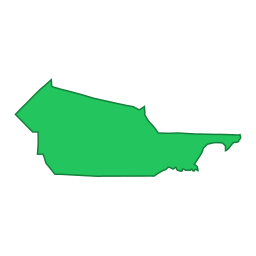 outline of Samarra, Sala ad-Din, Iraq
{"feature_id": "34846034B32095770002268", "entity_name": "Samarra", "entity_type": "district", "adm_level": 2, "iso_a3": "IRQ", "parent_name": "Iraq", "parent_adm1": "Sala ad-Din", "projection": "mercator", "projection_center": [43.854, 34.328], "detail": "fine", "context": "isolated", "style": "filled", "palette": "green", "viewbox_px": 256, "rotation_deg": 0, "n_neighbors": 0, "source": "geoboundaries", "source_scale": "gbopen_adm2", "svg_char_len": 2378}
<svg xmlns="http://www.w3.org/2000/svg" viewBox="0 0 256 256"><path d="M144.4,106.5L143.7,107.0L139.9,109.6L138.7,109.5L137.8,109.3L136.5,108.3L135.3,107.9L133.5,106.8L131.3,106.3L127.1,105.6L124.0,104.9L121.0,104.3L117.2,103.5L111.4,102.2L105.5,100.9L101.5,100.0L93.8,98.3L86.5,96.1L79.3,94.0L65.7,90.4L63.9,90.0L60.4,89.1L51.9,86.6L51.5,84.0L51.5,82.6L51.3,79.7L49.8,81.0L48.3,82.4L45.1,85.3L40.2,89.4L36.0,93.5L33.6,95.9L27.0,102.7L21.8,107.8L18.9,110.8L15.4,114.4L22.9,122.0L26.8,126.0L31.7,131.0L32.7,132.0L38.1,132.0L38.2,140.4L38.2,142.3L38.1,145.2L37.9,148.1L37.7,150.8L37.5,154.2L43.0,154.1L44.6,158.4L45.2,160.8L45.8,162.4L46.3,163.7L47.1,164.5L49.2,167.1L54.9,174.2L61.5,174.3L68.0,174.7L98.2,176.3L103.0,176.1L114.1,176.1L151.8,176.0L153.9,176.1L155.1,175.4L156.1,174.7L157.8,173.5L159.7,172.4L160.9,171.7L162.2,171.0L163.5,170.4L165.0,169.8L165.7,169.6L167.3,168.1L168.1,167.3L169.2,167.3L169.6,167.4L170.2,167.6L170.8,167.9L171.9,168.4L172.6,169.0L173.5,168.9L174.2,168.4L174.9,167.6L175.1,167.5L175.4,167.4L175.9,167.4L176.2,167.8L176.6,169.2L176.9,169.5L177.3,170.1L179.5,170.9L180.3,171.0L181.4,171.2L182.1,171.0L182.3,170.4L182.2,169.9L182.3,169.5L182.4,169.3L182.6,169.2L182.8,169.0L183.2,169.0L183.8,169.2L184.7,169.7L184.9,169.9L185.6,170.2L186.8,170.3L188.4,170.1L189.3,170.2L190.3,170.3L190.7,169.8L191.2,169.3L191.9,169.3L192.3,169.7L192.5,170.1L192.9,170.4L193.2,171.0L193.6,171.0L194.1,171.0L194.6,170.2L194.9,169.8L195.4,169.4L195.9,169.4L196.2,169.6L196.8,169.7L197.0,169.9L197.4,170.5L198.0,170.7L198.0,170.1L197.6,168.4L197.4,167.1L196.4,165.8L194.3,164.3L194.9,163.5L196.6,160.8L199.1,157.1L201.7,152.9L202.6,150.5L203.4,148.1L203.5,148.0L205.1,146.5L207.3,144.3L207.9,144.1L209.1,143.8L211.2,143.3L214.0,142.7L216.2,142.6L219.0,142.7L222.5,143.0L223.8,144.2L225.0,145.3L225.3,145.8L225.5,147.3L225.5,148.9L225.5,150.7L226.9,150.0L228.8,148.2L230.3,146.3L232.1,144.0L233.8,142.4L236.8,142.3L238.0,141.8L238.6,141.4L239.0,140.0L240.0,139.0L240.6,137.9L240.6,136.7L240.3,135.8L240.0,134.6L238.7,135.0L237.6,135.0L233.7,134.8L227.3,134.6L220.3,134.4L214.1,134.4L198.7,134.0L197.2,134.1L190.1,133.7L183.2,133.3L179.8,133.1L177.7,133.0L171.7,133.2L168.8,133.3L158.2,133.0L156.5,130.5L156.0,129.8L155.2,128.6L152.3,125.1L149.4,122.1L147.6,119.7L146.5,117.8L144.7,114.7L144.9,113.1L144.4,106.5Z" fill="#22c55e" stroke="#15803d" stroke-width="1.5"/></svg>